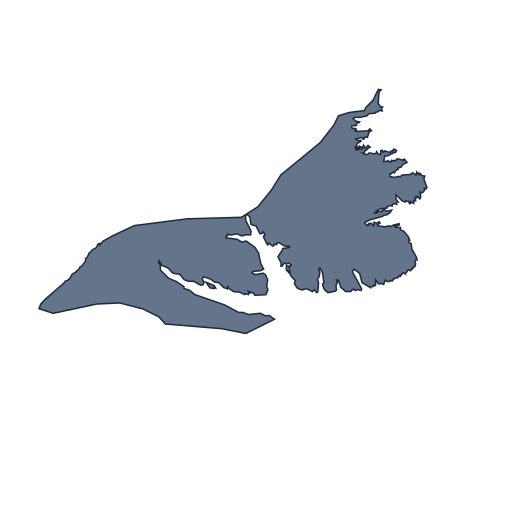 Gamvik nor, Finnmark, Norway, rotated 51°
{"feature_id": "86288312B53598341368845", "entity_name": "Gamvik nor", "entity_type": "district", "adm_level": 2, "iso_a3": "NOR", "parent_name": "Norway", "parent_adm1": "Finnmark", "projection": "albers", "projection_center": [28.071, 70.766], "detail": "fine", "context": "isolated", "style": "filled", "palette": "slate", "viewbox_px": 512, "rotation_deg": 51, "n_neighbors": 0, "source": "geoboundaries", "source_scale": "gbopen_adm2", "svg_char_len": 6028}
<svg xmlns="http://www.w3.org/2000/svg" viewBox="0 0 512 512"><g transform="rotate(51 256 256)"><path d="M160.4,457.8L172.9,449.7L193.1,410.0L206.7,391.5L225.9,377.3L242.1,369.8L251.8,369.3L290.9,328.4L309.8,312.7L316.8,281.4L310.6,283.1L308.4,286.3L303.2,288.7L296.7,298.7L291.7,301.6L288.9,305.0L274.4,311.1L247.5,327.8L240.9,329.1L236.0,332.4L234.4,331.3L225.9,333.9L218.4,337.9L206.8,339.1L202.5,335.9L199.6,336.0L199.6,335.9L200.0,335.8L200.1,335.7L198.7,334.2L203.9,335.1L210.0,331.9L216.9,331.5L222.4,326.7L229.2,326.7L233.3,324.3L236.4,320.4L243.8,317.4L245.1,315.3L243.9,313.0L240.6,312.6L238.9,310.0L245.6,305.7L250.1,304.7L253.5,301.6L260.0,301.1L263.5,298.9L261.3,296.6L263.7,297.6L269.5,295.9L273.9,291.4L278.8,289.2L278.8,287.8L281.2,286.2L280.5,285.4L281.0,284.4L278.6,284.2L283.6,281.4L285.8,281.6L292.3,272.7L289.9,268.1L286.2,266.7L282.0,262.1L276.7,260.4L274.0,261.1L270.1,268.1L266.5,269.7L266.0,268.8L266.4,267.6L270.0,262.2L271.0,258.3L264.9,257.1L255.3,252.1L248.6,251.4L238.1,254.2L236.4,258.2L231.2,260.1L223.0,267.8L221.6,266.4L221.5,265.4L222.0,265.4L221.5,264.8L222.0,264.8L221.6,263.9L223.6,262.7L226.9,256.8L231.5,254.4L232.8,251.0L236.2,246.9L233.6,244.2L221.7,241.5L218.0,238.6L218.0,236.8L222.0,236.2L228.3,240.1L232.8,237.1L241.2,238.9L242.3,237.0L241.6,235.4L243.2,235.3L245.5,236.0L245.3,237.4L246.2,238.3L254.4,240.1L254.9,239.7L253.9,238.0L259.2,236.6L258.6,233.9L260.2,232.8L259.3,231.7L259.5,230.0L265.9,227.7L269.8,223.9L270.3,224.4L270.1,225.4L266.9,230.5L267.7,231.2L270.4,239.4L277.6,241.0L279.6,243.0L280.4,241.7L279.8,241.2L279.4,238.2L281.4,237.6L281.8,235.3L284.8,234.1L286.4,237.5L284.5,236.8L282.8,238.5L285.8,241.2L289.1,241.0L287.6,240.1L288.6,238.9L293.1,241.5L299.8,240.9L301.7,243.5L306.5,244.2L309.6,242.9L311.8,241.1L311.8,239.8L313.8,236.9L319.3,234.5L318.9,231.8L322.7,231.9L322.8,230.5L316.0,224.1L312.9,223.0L311.7,219.8L309.0,216.8L305.1,215.1L305.6,213.9L311.0,214.9L319.7,220.2L319.6,221.6L320.7,222.6L325.5,224.0L329.8,223.2L333.2,216.6L333.3,215.0L329.2,212.3L327.9,209.4L325.2,208.5L326.9,207.2L333.5,209.8L340.0,208.7L343.3,204.7L342.7,202.4L343.4,201.6L343.1,201.0L345.3,200.6L346.1,198.2L349.0,196.0L347.8,194.5L328.9,191.0L327.9,188.1L334.6,186.4L343.6,190.4L352.0,187.2L351.6,187.1L353.4,184.4L352.6,182.9L354.0,182.4L353.9,181.3L349.8,178.2L355.0,178.3L356.5,175.6L358.4,174.7L356.0,170.7L358.6,170.0L359.9,168.1L359.7,166.9L361.2,165.9L360.3,163.3L360.9,162.8L360.6,161.5L362.2,159.8L361.5,158.2L362.7,156.5L361.5,155.9L362.3,154.6L361.3,152.5L363.8,151.3L363.3,151.2L363.5,149.5L362.4,146.3L364.7,145.3L364.2,143.7L364.5,142.9L363.9,142.5L364.3,141.6L363.5,140.5L364.3,139.3L362.5,136.8L360.3,136.2L359.4,133.9L360.4,133.5L358.5,132.2L348.5,130.4L344.3,127.7L341.4,128.6L339.8,127.0L340.4,126.6L336.6,125.4L329.6,125.6L326.6,127.2L324.7,125.7L321.4,129.8L320.3,129.7L322.0,125.2L321.0,124.4L318.5,129.4L317.8,133.0L316.4,133.4L314.4,137.5L309.2,142.4L308.3,141.6L308.5,138.8L307.0,138.8L306.4,140.1L306.7,142.0L304.0,142.9L306.6,145.7L302.8,145.9L302.3,147.1L302.8,147.9L303.0,148.6L301.8,148.4L302.4,150.4L299.2,150.8L298.5,149.9L299.6,144.8L304.9,132.6L304.7,131.0L306.3,128.7L306.7,124.4L305.7,121.7L303.6,126.1L300.5,127.1L299.8,129.0L300.9,129.9L297.6,133.7L298.3,133.8L298.2,134.4L298.2,134.5L297.9,134.8L297.9,135.0L298.3,134.6L298.3,134.1L298.7,134.6L296.9,137.5L297.6,134.3L296.7,134.0L297.8,129.1L301.2,123.9L300.2,122.9L301.0,120.3L302.9,118.7L301.8,117.7L302.0,115.9L304.2,114.2L303.4,114.0L303.0,111.9L303.4,111.6L299.4,111.2L296.5,108.8L305.2,107.7L307.9,106.2L307.4,105.2L309.2,103.3L312.1,103.7L312.3,102.2L311.0,101.6L314.4,100.3L312.1,98.5L313.6,97.2L310.6,95.5L312.3,95.0L311.3,94.8L312.1,93.6L310.4,93.0L314.8,92.8L313.9,90.8L308.5,87.9L310.9,88.3L311.6,86.0L310.9,83.4L309.3,82.6L310.9,81.7L310.4,80.0L301.8,77.1L300.1,74.5L297.7,76.7L294.9,76.2L295.5,76.6L294.4,77.0L295.2,78.1L292.1,78.3L293.8,79.4L292.6,79.2L293.7,80.8L290.1,81.7L289.6,83.3L290.2,84.1L285.1,91.5L285.1,94.1L283.6,95.4L282.4,98.6L278.5,101.9L276.4,100.4L277.2,99.4L276.7,98.3L277.4,97.6L277.3,96.4L278.6,96.0L277.5,94.2L278.0,90.9L276.9,90.3L278.2,87.5L277.4,84.2L278.3,79.7L274.1,79.7L273.7,80.8L274.4,81.3L269.7,84.6L269.3,85.6L269.9,86.6L268.6,88.5L269.0,89.2L267.4,90.2L267.8,90.3L267.2,91.4L267.8,92.3L264.7,93.8L265.1,94.4L262.9,97.3L259.3,92.9L261.1,90.5L261.7,87.2L261.3,86.8L262.3,85.8L262.0,84.7L263.3,82.3L262.4,80.4L260.0,81.3L259.6,81.6L260.4,82.5L259.9,83.0L260.4,84.0L259.4,84.9L260.1,86.4L255.1,90.1L255.6,90.9L255.2,91.9L253.1,91.4L252.7,92.9L255.5,95.3L253.8,96.9L250.8,96.6L251.7,98.2L251.4,99.3L247.1,103.2L247.3,105.0L246.5,106.7L243.1,108.4L244.0,107.0L242.8,104.8L243.3,103.0L242.7,101.8L243.3,98.8L240.6,99.3L241.0,103.3L237.4,102.6L239.7,106.4L238.0,108.6L236.7,107.0L238.2,105.6L235.7,106.4L237.5,108.3L237.0,111.9L236.4,109.9L236.6,107.9L235.3,108.4L235.0,111.1L233.8,110.4L233.8,108.5L232.3,106.6L232.9,102.6L232.2,101.7L230.2,104.3L227.8,104.9L230.6,99.0L232.8,99.2L233.1,98.3L232.2,97.7L232.3,96.3L233.9,94.8L230.7,89.8L231.4,87.5L228.8,87.5L229.2,90.1L222.6,99.4L221.1,100.1L220.7,100.1L221.2,98.6L219.7,98.2L217.1,101.0L215.6,100.4L215.3,99.4L217.3,96.4L216.7,96.7L216.7,94.7L216.1,93.8L216.2,92.5L217.2,92.4L217.0,91.1L213.8,93.7L210.0,94.0L210.4,92.1L213.6,88.1L216.8,81.9L216.9,80.6L216.2,79.3L219.9,73.6L219.5,73.0L220.7,70.3L220.2,69.0L222.7,66.5L220.1,65.4L219.9,63.9L218.4,65.3L214.2,64.9L206.1,57.3L205.6,54.2L203.5,56.0L208.5,66.9L209.7,77.3L211.3,80.1L203.2,93.1L198.9,103.6L203.2,112.9L208.3,134.6L208.6,185.6L214.4,202.3L218.9,223.6L216.8,242.9L183.9,285.9L155.8,331.4L150.1,354.5L148.2,365.6L149.2,370.5L147.8,369.7L147.3,371.1L149.0,375.3L148.1,379.6L148.7,381.5L148.7,383.9L150.8,387.9L150.7,389.9L152.7,391.9L154.2,397.3L153.8,399.8L154.9,402.4L154.6,404.9L155.1,405.6L154.5,410.3L156.3,415.2L156.3,417.9L155.5,420.1L156.1,422.0L157.0,446.9L157.9,453.6L160.4,457.8ZM255.6,307.6L252.8,307.1L244.9,311.3L251.6,311.9L254.8,309.3L254.2,308.7L255.6,307.6Z" fill="#64748b" stroke="#1e293b" stroke-width="1.5"/></g></svg>